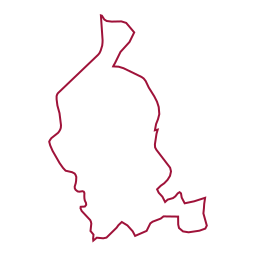 Varese, Equal Earth projection
{"feature_id": "ITA-5451", "entity_name": "Varese", "entity_type": "Province", "adm_level": 1, "iso_a3": "ITA", "parent_name": "Italy", "parent_adm1": "", "projection": "equal_earth", "projection_center": [8.786, 45.833], "detail": "fine", "context": "isolated", "style": "outline", "palette": "rose", "viewbox_px": 256, "rotation_deg": 0, "n_neighbors": 0, "source": "natural_earth", "source_scale": "10m", "svg_char_len": 1672}
<svg xmlns="http://www.w3.org/2000/svg" viewBox="0 0 256 256"><path d="M100.9,15.4L101.9,15.7L104.3,19.5L106.7,21.0L111.7,21.6L121.4,21.4L126.2,22.9L134.2,32.4L129.5,42.0L120.5,51.9L114.9,63.3L113.7,65.3L113.2,66.4L118.6,66.7L123.5,68.2L141.6,77.0L143.7,78.5L145.7,81.1L148.8,87.6L154.3,96.4L157.0,101.7L158.7,107.0L159.3,114.1L158.0,119.2L156.1,124.0L154.9,130.3L157.7,129.6L156.5,133.8L154.9,144.4L155.1,147.4L156.4,149.8L170.1,167.7L171.0,171.4L170.0,175.9L167.5,179.9L164.2,183.3L160.8,185.7L157.1,189.3L158.7,192.7L162.4,196.7L165.1,202.0L167.7,199.6L173.0,198.1L175.3,196.4L177.7,193.4L179.6,192.2L181.0,193.4L181.7,197.6L184.7,203.3L194.2,201.3L205.1,197.8L204.2,203.9L203.9,208.5L203.4,213.4L206.8,225.6L205.3,228.6L199.4,230.7L188.6,232.3L183.0,231.4L179.0,228.0L178.2,224.5L178.1,216.6L163.5,216.4L160.7,218.6L152.6,221.7L150.3,223.4L146.6,230.9L135.1,235.9L132.7,231.3L127.4,225.4L121.8,222.0L118.4,225.2L116.6,227.7L106.5,237.6L103.2,238.3L96.8,237.7L93.3,240.6L93.1,238.6L93.5,234.6L90.5,231.0L91.3,223.6L90.9,221.7L90.2,220.1L81.7,211.0L80.5,208.3L80.7,206.8L81.9,206.7L83.4,206.7L84.9,206.5L86.2,204.8L86.0,203.0L84.8,200.5L84.4,198.3L84.3,196.0L84.4,193.1L83.8,191.7L82.5,191.2L79.3,191.7L77.6,191.4L75.6,189.8L74.8,188.3L74.7,186.6L75.7,183.3L76.1,180.9L76.3,177.0L75.6,175.0L74.6,173.5L72.1,172.2L65.6,170.7L63.0,167.9L59.6,163.1L52.6,150.9L50.2,145.4L49.2,141.7L49.8,140.4L50.6,139.2L51.4,138.1L58.0,132.9L58.9,131.8L59.7,130.5L60.3,129.3L60.8,127.8L61.0,125.3L59.5,113.2L57.4,105.5L56.6,99.2L56.6,96.1L57.2,94.3L58.0,93.1L98.3,54.6L99.6,52.9L100.7,50.5L102.2,45.6L102.5,42.8L102.6,40.5L100.9,15.4Z" fill="none" stroke="#9f1239" stroke-width="2"/></svg>